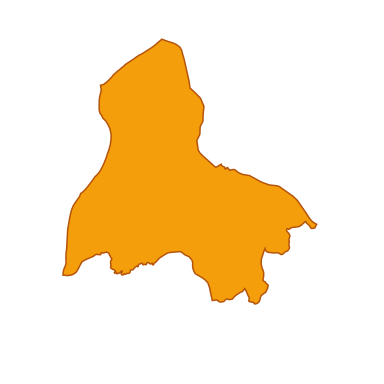 Champasack, Champasak, Laos, rotated 204°
{"feature_id": "54806243B29706107619641", "entity_name": "Champasack", "entity_type": "district", "adm_level": 2, "iso_a3": "LAO", "parent_name": "Laos", "parent_adm1": "Champasak", "projection": "natural_earth1", "projection_center": [105.751, 14.847], "detail": "fine", "context": "isolated", "style": "filled", "palette": "amber", "viewbox_px": 384, "rotation_deg": 204, "n_neighbors": 0, "source": "geoboundaries", "source_scale": "gbopen_adm2", "svg_char_len": 5766}
<svg xmlns="http://www.w3.org/2000/svg" viewBox="0 0 384 384"><g transform="rotate(204 192 192)"><path d="M281.8,319.3L282.1,318.5L282.6,317.5L283.1,316.2L284.0,314.6L284.9,312.5L285.9,310.5L287.2,308.2L288.7,305.7L290.5,303.1L294.0,297.8L296.2,295.2L298.3,291.7L299.7,289.2L301.3,286.8L302.6,284.7L304.0,282.6L304.9,281.0L305.7,278.7L306.7,277.1L308.0,274.2L309.3,271.9L310.2,269.7L311.4,267.1L312.2,264.1L313.7,259.9L315.0,257.0L316.5,254.4L319.0,252.2L316.6,248.8L315.8,245.7L315.3,242.5L314.9,240.7L314.1,238.2L312.9,235.4L311.5,232.1L310.3,229.5L309.3,228.0L307.9,226.4L306.1,225.5L303.5,223.3L301.5,222.4L299.9,222.0L298.4,221.0L296.4,219.6L292.9,216.6L290.2,213.0L288.8,210.6L287.6,207.8L286.0,202.5L285.1,197.2L284.8,192.0L284.5,190.4L284.3,187.5L284.1,183.9L284.1,179.6L284.4,174.4L284.9,172.0L285.7,169.2L286.8,166.5L287.5,162.9L289.7,153.5L291.0,149.4L292.0,147.2L293.1,145.3L292.9,142.9L293.0,141.5L293.8,137.7L294.5,133.8L294.9,130.7L294.7,126.2L293.7,120.8L293.0,117.7L290.9,109.5L290.1,106.6L283.2,88.5L282.3,85.2L280.3,80.3L278.3,76.4L277.7,73.4L277.7,72.0L277.7,70.2L277.4,67.6L276.6,65.1L276.1,63.6L275.9,63.7L271.9,64.9L269.0,66.7L267.5,68.0L266.6,69.1L265.8,70.5L265.1,72.0L264.6,76.3L264.5,79.3L264.1,83.5L261.7,86.9L259.2,89.6L255.9,93.2L255.1,94.9L254.6,95.4L254.3,95.8L253.9,96.1L253.7,96.3L253.4,96.4L253.1,96.4L252.8,96.6L251.6,96.9L250.7,97.2L250.4,97.4L250.2,97.6L250.0,97.8L250.0,98.1L250.0,99.4L250.0,99.8L249.6,99.8L249.3,99.9L248.8,100.0L248.0,100.3L247.7,100.5L246.5,101.7L245.5,102.5L245.3,102.5L245.1,102.4L244.9,102.3L244.7,102.3L243.9,102.3L243.6,102.3L243.3,102.2L242.6,101.8L242.3,101.6L241.8,101.0L241.5,100.7L241.2,100.6L240.9,100.5L240.6,100.2L240.4,99.9L239.7,99.2L239.3,98.9L239.0,98.8L238.6,98.6L238.3,98.5L238.1,98.3L238.0,97.9L238.0,97.5L238.2,95.8L238.1,95.3L237.7,94.4L237.3,93.7L236.4,92.3L235.9,91.4L235.8,90.9L235.7,90.6L235.8,90.3L235.7,90.1L235.6,89.9L235.4,89.7L235.0,89.4L234.4,89.3L233.9,89.3L233.0,89.1L232.4,89.2L231.9,89.2L231.3,89.1L230.6,89.1L230.4,89.0L230.2,88.9L229.9,88.6L230.0,88.1L230.1,87.4L230.2,87.0L230.1,86.7L229.7,86.4L229.3,86.5L229.2,86.7L228.9,87.6L228.8,87.8L228.6,87.9L228.3,87.8L228.1,87.7L227.9,87.2L227.6,86.9L227.3,86.8L227.0,86.9L226.8,87.1L226.3,87.6L225.5,88.3L225.1,88.8L225.0,89.1L224.4,90.9L224.2,91.2L224.1,91.3L223.9,91.4L223.5,91.2L223.3,91.0L223.2,90.8L223.2,90.6L223.3,90.4L223.5,90.4L223.7,90.2L224.2,90.1L224.3,89.8L224.3,89.5L224.1,89.2L223.5,88.7L223.1,88.2L222.9,88.0L222.7,87.9L222.2,87.9L221.7,87.9L221.2,88.2L220.9,88.8L220.8,89.3L220.6,89.7L220.3,89.9L219.8,89.7L219.7,89.7L219.0,90.1L218.5,90.9L218.4,91.1L217.9,91.4L217.6,91.5L217.0,91.8L216.7,92.1L216.2,92.4L216.0,92.8L216.0,93.3L216.3,94.8L216.3,95.4L216.2,95.7L216.0,96.0L215.9,96.2L215.5,96.3L214.7,96.6L214.3,97.0L214.1,97.3L214.0,97.8L213.7,99.3L213.4,100.0L212.9,101.0L212.6,101.4L212.4,101.8L211.9,102.0L211.6,102.0L211.4,101.7L211.2,101.7L211.0,101.8L210.9,102.1L211.0,102.4L211.2,103.2L211.3,103.4L211.3,103.7L211.2,104.0L211.0,104.5L210.8,104.7L208.9,106.4L208.7,106.6L208.1,106.7L207.6,105.9L207.4,105.7L207.2,105.6L206.9,105.7L206.2,106.4L205.8,106.7L205.5,106.8L204.6,106.7L204.4,106.9L204.3,107.1L204.3,107.7L204.4,108.5L204.5,108.7L204.5,108.9L204.3,109.2L203.7,109.6L203.0,109.7L202.6,109.6L201.5,109.4L201.0,109.4L200.7,109.4L200.4,109.6L200.1,109.9L199.9,110.2L199.4,110.7L199.2,110.6L198.7,109.8L198.6,109.6L198.4,109.5L198.2,109.5L197.8,109.7L197.6,109.9L197.6,110.2L197.5,110.7L197.5,111.3L197.5,111.8L197.3,112.2L197.0,112.5L196.8,112.7L194.8,118.4L193.4,120.7L190.9,124.5L189.0,126.8L186.8,128.2L178.7,132.7L177.3,132.8L175.3,132.4L174.1,132.0L172.4,131.7L168.4,131.7L167.2,131.1L165.0,130.1L164.2,129.6L162.6,127.7L161.7,125.4L160.7,123.4L159.7,122.1L158.5,120.8L156.4,119.0L154.1,118.5L148.3,117.9L144.6,117.2L142.9,116.4L140.8,115.7L136.8,111.5L134.8,108.5L129.3,101.1L125.7,103.4L124.6,103.4L123.4,102.9L122.0,102.8L121.4,103.0L119.3,104.2L118.4,104.9L117.2,108.1L116.6,108.5L114.2,108.8L113.1,109.5L111.6,110.7L111.3,111.2L110.9,113.3L109.3,116.5L107.4,119.4L105.3,121.9L104.5,125.3L102.6,123.9L98.3,119.9L96.4,118.4L96.3,117.3L95.8,115.5L94.9,115.2L91.5,116.0L90.3,115.9L89.5,115.2L88.5,115.6L87.4,116.5L86.2,118.4L86.1,121.1L86.6,123.3L86.7,125.3L85.3,128.2L84.1,130.0L83.9,130.7L83.8,134.4L84.2,137.2L84.8,138.0L86.6,138.5L88.6,139.7L90.6,139.8L91.1,140.0L91.4,140.5L91.7,142.0L92.4,144.5L93.9,147.8L95.2,149.3L96.7,150.6L97.4,151.6L99.2,153.8L100.3,156.1L101.3,158.8L101.4,159.6L101.9,164.3L102.2,167.3L102.3,170.0L101.7,169.2L100.7,168.3L98.9,167.8L96.9,168.2L93.3,169.3L91.6,170.0L89.6,171.3L86.8,171.4L85.8,171.1L85.0,171.2L83.8,172.0L83.4,173.2L82.6,175.0L80.6,177.4L80.1,179.9L80.4,181.0L82.2,183.3L82.3,183.8L83.0,186.6L83.8,187.2L84.3,189.0L84.5,191.0L85.1,192.3L86.7,193.6L89.2,194.6L89.7,195.1L90.3,195.9L90.2,196.8L89.8,197.4L88.6,197.1L88.2,197.3L87.2,199.1L85.8,200.6L83.6,201.7L80.0,204.1L78.6,206.2L76.4,211.2L76.0,211.5L75.2,210.5L74.4,210.1L71.2,209.1L68.4,207.3L67.5,207.5L65.5,208.9L65.2,209.2L65.0,213.2L68.9,213.6L71.7,214.5L75.3,216.6L79.6,219.4L92.4,227.2L98.0,229.2L114.6,232.5L117.0,232.2L124.6,229.8L133.0,229.3L146.3,230.4L149.9,229.4L153.2,228.6L157.7,228.6L160.4,229.4L162.2,229.8L163.3,229.4L165.1,228.2L166.3,227.1L167.1,227.7L168.5,228.0L169.4,228.8L169.9,228.5L170.2,227.3L170.9,226.7L171.6,226.7L171.7,227.5L172.7,228.1L174.2,227.9L175.2,228.3L176.2,228.5L176.7,229.2L180.1,224.3L181.3,224.4L197.1,229.5L199.2,230.4L200.6,230.8L201.7,231.7L203.2,232.6L208.5,240.9L208.3,247.9L211.1,255.0L210.8,261.0L213.2,266.9L216.0,275.2L222.5,281.2L229.5,283.9L236.1,286.2L239.8,292.1L253.2,310.1L257.7,315.4L259.3,317.5L260.9,318.5L261.8,319.3L266.6,320.4L269.7,320.4L276.9,319.6L281.8,319.3Z" fill="#f59e0b" stroke="#b45309" stroke-width="1.5"/></g></svg>